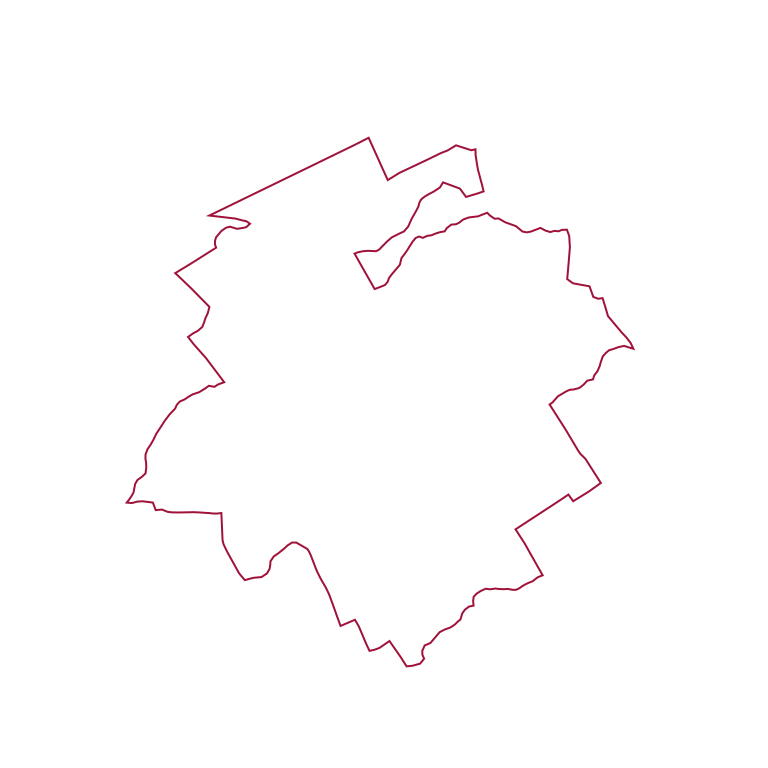 Kiambu, Central, Kenya (orthographic projection), rotated 125°
{"feature_id": "3690345B45864022138182", "entity_name": "Kiambu", "entity_type": "district", "adm_level": 2, "iso_a3": "KEN", "parent_name": "Kenya", "parent_adm1": "Central", "projection": "orthographic", "projection_center": [36.843, -1.158], "detail": "fine", "context": "isolated", "style": "outline", "palette": "rose", "viewbox_px": 768, "rotation_deg": 125, "n_neighbors": 0, "source": "geoboundaries", "source_scale": "gbopen_adm2", "svg_char_len": 3766}
<svg xmlns="http://www.w3.org/2000/svg" viewBox="0 0 768 768"><g transform="rotate(125 384 384)"><path d="M212.1,200.0L209.0,205.3L206.9,211.9L205.4,219.1L199.9,239.5L194.5,246.2L188.3,254.2L191.3,257.4L192.6,262.5L186.1,271.7L193.1,286.9L193.0,294.1L186.9,297.6L176.7,303.5L165.3,310.2L156.4,317.3L152.7,322.7L155.8,326.8L158.7,328.5L160.8,332.2L164.2,335.0L165.7,339.6L166.4,345.4L170.9,348.4L175.0,351.2L177.9,354.0L179.7,358.1L179.0,366.4L180.4,371.6L182.0,377.5L182.7,385.1L185.2,388.3L185.2,394.2L184.5,397.6L188.7,400.5L192.8,403.2L195.8,406.6L199.1,410.2L203.9,413.5L208.7,414.9L211.9,416.7L214.8,420.3L220.4,422.0L224.1,421.8L227.5,425.2L231.5,428.3L234.8,430.3L237.9,433.6L242.0,436.0L243.1,439.9L246.1,441.8L250.5,442.2L256.1,442.0L261.0,441.7L264.9,441.7L270.9,441.9L277.2,439.4L282.9,439.9L289.2,440.5L294.2,440.7L298.2,439.6L302.4,440.0L307.0,443.0L311.6,446.1L294.1,482.9L291.1,480.9L287.5,477.6L284.6,474.2L282.4,470.9L279.8,466.7L276.8,465.1L271.9,464.3L265.3,463.2L259.4,461.7L254.4,459.0L251.4,457.4L247.5,455.1L241.1,454.5L232.7,456.1L224.3,456.9L219.0,457.6L214.9,459.1L211.3,459.4L206.7,458.0L202.2,455.9L198.0,453.7L190.9,450.9L185.0,451.3L180.4,433.9L183.7,424.1L173.7,416.2L169.1,412.9L165.1,417.4L157.1,426.9L154.8,429.7L149.9,434.6L143.9,440.3L139.3,443.7L142.4,446.5L147.2,461.9L156.3,465.9L159.6,468.1L162.5,470.0L175.1,477.0L202.1,492.4L214.8,497.9L191.1,537.8L205.9,545.7L308.3,602.6L346.2,623.7L333.7,600.6L331.4,594.3L329.6,590.1L329.6,585.7L334.5,586.8L337.2,589.2L341.2,593.4L343.5,600.4L346.5,603.0L352.0,605.0L356.6,605.4L360.2,605.7L363.5,604.6L366.6,602.6L368.6,599.7L395.6,611.0L412.9,618.6L413.6,613.8L416.4,595.9L421.0,571.2L427.0,569.0L432.6,568.0L437.5,566.5L441.5,565.6L447.3,567.0L452.2,569.5L457.9,571.5L460.6,562.6L464.8,544.9L474.2,515.9L479.6,519.7L483.6,521.3L485.9,526.4L490.7,528.1L496.7,530.7L502.1,534.7L506.6,536.8L510.8,538.4L515.5,541.2L519.9,541.8L523.9,541.0L532.0,542.2L540.2,542.5L547.0,542.2L555.2,542.0L561.9,540.9L567.2,540.4L573.2,540.3L578.5,538.9L582.1,536.5L584.8,533.8L588.8,530.8L594.0,528.1L598.6,529.0L604.1,530.9L608.6,530.5L612.0,529.0L616.7,526.9L621.4,526.5L624.9,526.5L628.7,526.7L626.2,522.3L621.6,518.4L618.5,514.4L613.7,505.3L618.2,498.7L614.2,493.8L612.8,487.8L610.6,483.8L607.0,478.5L598.2,466.4L594.5,460.6L592.3,456.9L589.9,453.0L588.1,449.7L586.0,446.6L583.0,443.2L604.5,426.7L607.3,423.5L611.4,416.2L622.2,394.1L624.5,385.5L620.2,382.0L617.3,379.4L612.4,373.6L606.3,371.2L601.0,371.7L597.5,373.4L594.3,375.3L588.4,375.4L583.4,373.5L576.1,371.4L571.2,370.3L566.5,368.3L564.2,364.8L563.1,352.1L564.4,349.0L566.4,345.6L571.5,338.0L575.5,332.1L579.4,325.0L581.3,321.1L584.0,315.1L587.7,308.5L590.5,304.5L592.8,301.1L598.4,293.2L601.2,289.3L607.1,280.8L593.8,272.6L597.0,265.6L607.5,248.8L610.9,242.8L607.3,239.5L602.7,236.3L591.4,232.1L598.2,213.5L600.6,207.8L602.3,203.5L598.3,198.9L592.3,194.0L586.0,193.6L583.8,197.2L580.6,199.6L574.8,200.7L569.5,197.4L555.4,196.1L550.6,193.6L545.1,189.8L540.4,188.0L536.6,187.3L533.1,186.3L527.1,188.3L522.6,188.3L517.5,186.7L514.2,183.5L510.5,186.6L506.9,188.5L502.6,187.9L498.0,186.0L493.4,183.3L491.3,179.3L487.7,175.5L485.9,172.1L483.4,168.2L480.8,165.0L478.9,160.7L476.8,157.7L473.5,155.9L470.3,154.8L467.1,153.3L464.1,151.6L460.3,149.1L454.3,147.3L449.7,144.3L438.0,168.9L434.1,176.9L427.6,192.9L382.2,174.7L368.8,169.5L371.5,161.8L354.8,154.6L340.7,149.6L329.8,176.0L328.6,183.0L327.2,186.8L317.2,209.0L305.8,236.6L302.5,235.4L294.4,234.5L289.3,232.2L285.5,230.5L282.2,228.5L279.5,225.3L275.2,221.7L269.9,220.1L264.7,219.4L260.3,215.4L256.6,216.7L250.9,216.5L245.6,217.6L241.7,219.0L235.9,220.6L231.5,220.1L227.2,219.0L224.2,216.5L219.3,213.1L215.0,209.1L213.6,204.4L212.1,200.0Z" fill="none" stroke="#9f1239" stroke-width="2"/></g></svg>